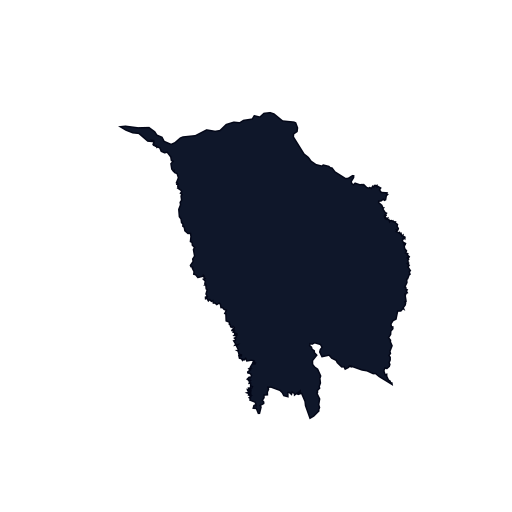 Maní, Casanare, Colombia (Mercator projection), rotated 210°
{"feature_id": "7082276B29021161154313", "entity_name": "Maní", "entity_type": "district", "adm_level": 2, "iso_a3": "COL", "parent_name": "Colombia", "parent_adm1": "Casanare", "projection": "mercator", "projection_center": [-72.273, 4.724], "detail": "fine", "context": "isolated", "style": "filled", "palette": "ink", "viewbox_px": 512, "rotation_deg": 210, "n_neighbors": 0, "source": "geoboundaries", "source_scale": "gbopen_adm2", "svg_char_len": 6134}
<svg xmlns="http://www.w3.org/2000/svg" viewBox="0 0 512 512"><g transform="rotate(210 256 256)"><path d="M282.7,384.3L284.1,387.7L288.2,391.1L290.1,390.9L300.5,386.2L311.5,388.0L315.4,387.2L320.4,383.5L322.1,378.2L327.6,376.6L327.7,372.7L334.6,367.2L336.7,363.2L342.1,360.8L347.5,355.0L349.9,346.6L353.7,343.5L361.8,340.5L368.6,329.9L378.8,322.5L380.5,320.3L382.8,313.6L385.3,310.2L392.9,309.3L396.8,311.8L402.3,311.1L405.8,312.9L412.9,313.7L422.2,308.0L434.0,303.1L438.1,300.1L431.5,300.0L424.3,301.1L418.8,303.6L407.2,301.4L403.0,303.3L403.6,303.7L401.8,303.6L403.1,304.5L402.3,304.9L401.4,304.0L400.9,301.1L400.0,300.7L399.6,301.3L398.1,300.7L397.5,301.5L396.1,300.5L395.6,301.3L393.3,301.5L390.4,299.3L386.7,299.7L384.8,301.5L379.3,299.2L377.0,296.4L375.1,296.6L375.8,293.4L372.4,289.2L369.9,288.1L369.6,289.1L368.3,287.6L365.5,287.9L362.3,285.0L361.5,279.6L360.6,279.6L360.4,278.6L359.3,279.3L358.6,277.2L357.6,276.9L357.8,275.7L353.8,275.4L352.4,274.4L352.8,272.6L350.7,272.3L350.9,270.5L348.3,267.1L348.5,264.6L346.9,262.5L346.2,257.8L342.0,251.7L339.4,250.6L337.1,247.6L335.4,247.4L334.2,245.2L332.6,245.1L330.2,242.3L326.2,241.5L324.0,242.8L322.0,240.3L320.0,235.7L318.1,235.8L316.5,233.5L313.4,232.7L313.4,230.3L309.1,225.2L309.3,221.7L307.7,219.9L308.1,215.1L306.9,214.2L305.2,214.6L304.9,213.5L301.8,211.5L300.8,209.1L298.9,209.6L295.6,208.3L291.6,212.1L292.0,213.0L291.3,212.9L290.3,211.4L288.9,211.0L290.0,209.6L287.3,208.9L286.5,206.6L285.7,206.5L285.9,205.3L284.9,205.8L282.7,202.6L281.4,202.5L280.3,198.1L277.9,196.7L279.2,195.1L278.3,193.8L277.5,194.9L274.8,193.3L274.3,195.2L272.0,194.4L271.1,195.8L269.4,193.9L268.0,194.8L265.7,194.3L264.4,196.8L262.6,196.3L260.5,193.8L259.2,194.6L256.9,193.8L254.5,194.2L254.3,190.6L253.1,190.8L249.4,184.9L246.0,185.4L244.9,183.5L244.2,183.8L242.5,182.0L240.9,182.3L240.7,183.5L239.0,183.2L239.1,182.0L237.9,181.0L239.7,180.7L239.6,179.4L237.6,180.1L237.6,178.6L236.3,179.1L235.4,177.8L234.7,179.0L233.3,179.0L233.0,178.1L234.8,178.0L235.3,176.2L233.3,177.0L232.5,176.0L233.6,174.1L232.1,173.9L231.7,172.5L232.9,171.4L229.4,169.5L229.6,168.3L227.3,170.3L227.9,168.3L224.5,166.1L224.1,165.3L225.0,164.7L223.9,164.7L221.5,162.3L219.3,163.2L218.7,162.2L221.0,161.1L219.2,159.2L217.2,159.8L215.6,158.9L215.6,160.0L214.4,159.9L213.8,162.2L211.5,160.5L208.1,163.3L205.4,164.3L205.4,161.6L203.9,162.1L204.2,163.4L202.9,163.2L202.9,161.8L204.7,161.1L205.3,159.6L205.3,156.8L204.1,156.5L205.6,155.1L203.2,154.9L205.0,154.3L204.3,153.4L205.2,151.5L204.7,150.7L201.9,151.3L200.1,150.2L199.9,147.8L201.3,147.7L202.0,145.0L198.9,145.5L199.8,144.3L198.6,144.2L198.3,142.3L197.1,143.2L195.3,140.1L195.0,141.1L193.7,141.1L193.6,139.7L196.4,137.9L195.5,137.1L195.1,138.4L194.2,138.3L192.9,136.7L193.8,135.7L194.3,137.2L196.8,136.1L195.9,135.3L192.5,135.3L191.8,134.2L194.7,133.9L195.5,133.0L193.6,133.3L193.0,132.0L192.2,133.1L190.5,133.0L191.6,131.9L190.1,131.5L191.0,129.9L189.6,129.7L189.2,128.2L183.9,129.0L181.9,127.7L181.2,126.3L182.3,126.5L183.0,125.5L182.3,122.8L179.4,124.1L175.3,120.9L174.3,121.5L176.1,127.7L177.7,128.5L175.6,132.1L176.3,133.4L178.4,134.1L178.2,137.3L179.6,139.5L176.7,141.5L178.2,143.9L178.5,146.9L180.1,148.3L177.4,150.0L168.1,151.6L164.9,150.8L162.1,149.0L158.0,150.1L160.2,153.7L159.0,154.5L156.1,153.9L156.8,156.4L153.9,156.1L153.1,154.9L150.3,161.4L149.3,159.6L151.4,158.1L151.4,157.2L150.2,157.3L147.9,159.9L140.8,154.6L138.3,151.2L128.1,142.5L126.0,146.2L124.1,153.3L124.8,153.7L125.2,156.5L127.4,158.6L129.4,164.0L134.7,167.6L134.4,168.4L135.6,170.3L134.8,173.3L136.1,174.6L136.7,178.2L139.5,181.9L140.0,184.4L146.1,188.8L149.6,189.1L152.8,190.4L154.8,193.7L153.8,200.5L157.2,201.5L158.1,203.0L160.9,203.3L162.4,204.8L164.7,205.1L165.4,207.1L163.3,207.8L161.8,210.2L155.9,211.6L153.1,210.0L153.5,207.2L152.8,204.7L148.5,201.8L143.1,206.7L139.4,205.4L134.4,205.7L132.3,204.3L126.3,202.8L124.4,204.1L122.2,202.6L120.1,205.9L120.3,207.1L118.4,207.6L119.1,208.1L107.2,210.3L102.4,212.1L95.7,212.7L93.7,214.0L89.0,213.2L73.9,212.8L74.9,214.0L76.0,213.5L77.3,214.7L79.3,214.8L82.7,217.2L83.7,218.9L84.8,217.6L87.9,220.5L88.4,223.5L86.4,224.0L85.4,227.0L85.9,229.1L87.4,230.1L87.8,233.0L89.2,235.4L91.2,236.3L90.8,238.8L92.4,240.4L93.3,246.3L96.7,248.8L97.4,250.3L100.4,251.5L100.2,255.4L101.7,258.3L101.1,261.4L102.1,263.0L103.3,262.3L105.2,264.7L105.0,268.6L103.2,271.3L105.8,279.1L103.1,280.8L102.5,283.9L101.5,283.9L102.7,284.8L102.3,288.1L103.0,290.3L104.1,290.7L103.4,291.8L107.7,297.2L107.1,297.2L107.4,298.8L106.6,299.8L108.3,300.8L108.2,302.3L109.4,302.1L110.6,303.7L111.7,303.6L112.0,308.4L113.9,311.2L113.3,312.0L114.0,316.2L113.5,317.2L115.4,318.9L115.0,320.5L118.9,322.5L118.7,324.6L120.4,324.7L120.3,325.9L121.3,325.4L121.2,326.8L122.4,328.0L122.2,329.4L124.1,329.9L123.8,331.1L123.0,330.6L122.9,332.0L125.5,332.5L125.7,333.9L128.1,333.4L128.2,335.7L131.1,336.8L133.2,339.6L132.4,340.3L132.7,341.0L133.7,340.8L133.2,341.6L135.4,341.5L137.2,342.6L136.9,344.6L137.7,344.8L137.2,345.8L135.8,345.4L136.4,346.8L138.8,346.7L139.2,347.6L139.9,346.2L141.7,348.1L142.0,347.3L143.4,348.2L143.5,347.5L146.7,347.3L146.4,348.9L147.3,349.1L146.2,349.7L146.5,351.0L148.7,352.2L149.2,354.0L152.4,354.5L152.4,355.2L154.1,354.4L154.9,354.9L155.2,354.1L156.3,354.5L157.5,353.6L157.5,352.5L159.3,354.1L160.9,353.2L161.0,354.5L162.1,353.1L162.5,353.9L163.3,353.3L164.6,354.5L163.8,354.8L164.8,355.9L163.8,356.3L164.6,357.0L164.4,358.3L165.9,358.2L169.8,360.2L169.6,361.4L170.2,361.1L172.4,362.8L176.5,363.5L177.1,364.8L175.2,366.3L174.2,368.8L172.6,368.4L171.9,369.5L173.3,373.3L172.8,375.2L174.4,375.3L174.3,376.1L179.2,373.7L182.1,374.9L182.0,377.2L185.4,377.2L185.6,376.4L186.5,377.6L187.1,376.4L187.7,376.9L188.7,376.3L188.3,374.4L189.8,374.8L189.9,372.1L191.7,372.2L192.3,371.1L194.3,370.6L198.4,371.7L198.7,370.7L199.8,371.0L201.6,369.6L206.6,368.6L207.1,366.4L209.3,366.6L210.8,368.1L210.7,372.7L211.5,374.3L212.6,373.8L214.9,369.4L217.1,367.8L229.7,368.3L234.2,370.2L235.8,369.5L237.7,370.0L243.3,368.4L243.8,366.8L249.8,365.1L255.7,365.6L260.0,367.5L265.4,368.3L283.2,377.8L284.5,380.5L282.7,384.3Z" fill="#0f172a" stroke="#020617" stroke-width="1.5"/></g></svg>